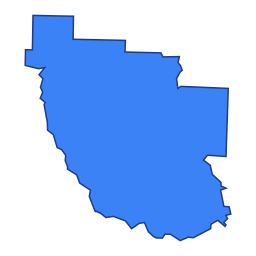 Clark, Arkansas, United States of America
{"feature_id": "52423323B93240032804570", "entity_name": "Clark", "entity_type": "district", "adm_level": 2, "iso_a3": "USA", "parent_name": "United States of America", "parent_adm1": "Arkansas", "projection": "robinson", "projection_center": [-93.197, 34.055], "detail": "fine", "context": "isolated", "style": "filled", "palette": "blue", "viewbox_px": 256, "rotation_deg": 0, "n_neighbors": 0, "source": "geoboundaries", "source_scale": "gbopen_adm2", "svg_char_len": 1266}
<svg xmlns="http://www.w3.org/2000/svg" viewBox="0 0 256 256"><path d="M33.0,15.4L32.4,49.9L25.5,49.7L25.2,65.4L38.6,68.7L44.7,67.6L39.0,74.7L42.9,78.7L40.5,87.4L42.7,92.1L40.2,98.4L45.1,102.3L44.1,104.8L47.3,122.0L47.6,130.2L53.3,134.6L57.2,147.6L61.5,149.5L65.7,155.3L65.2,160.5L67.6,166.8L67.5,169.1L76.7,174.9L79.7,183.1L90.5,190.2L89.3,196.4L95.0,211.1L95.4,211.4L95.7,211.6L96.1,211.7L96.3,211.6L96.5,211.5L96.7,211.3L96.8,211.3L97.0,211.4L97.4,211.6L97.5,211.9L97.9,212.0L98.5,212.5L98.9,212.7L99.3,212.8L99.5,212.8L99.9,212.5L100.0,212.5L100.3,212.9L100.3,213.0L105.9,217.5L113.4,216.4L125.3,220.8L131.6,228.7L139.3,223.3L144.5,222.6L148.3,231.7L153.6,236.6L156.4,237.9L162.3,238.1L165.0,234.2L170.4,234.2L180.2,240.6L188.2,237.2L193.3,237.7L210.6,228.7L211.0,224.2L217.8,220.3L225.0,226.4L226.0,224.9L223.8,222.4L227.6,218.6L225.9,215.4L230.8,214.1L229.1,206.8L223.9,206.4L220.6,190.1L226.0,188.2L221.2,186.1L220.8,182.2L212.2,174.3L210.3,165.3L203.5,160.1L207.5,155.2L226.0,156.5L227.5,111.1L228.2,88.4L180.8,86.4L177.9,88.5L176.5,78.7L180.0,72.2L182.2,70.2L180.5,65.6L178.0,62.5L179.4,56.6L162.9,56.9L161.0,52.9L125.0,52.0L125.4,40.4L108.0,40.0L75.0,39.3L73.1,39.3L73.5,16.2L56.2,15.9L33.0,15.4Z" fill="#3b82f6" stroke="#1e3a8a" stroke-width="1.5"/></svg>